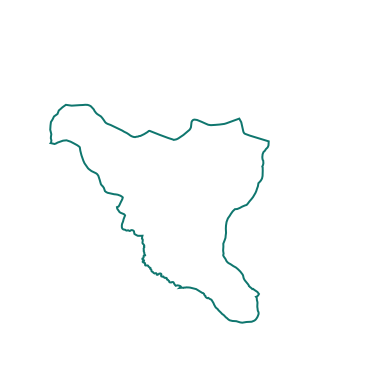 outline of Sanasomboon, Champasak, Laos, rotated 237°
{"feature_id": "54806243B13253322740036", "entity_name": "Sanasomboon", "entity_type": "district", "adm_level": 2, "iso_a3": "LAO", "parent_name": "Laos", "parent_adm1": "Champasak", "projection": "mercator", "projection_center": [105.689, 15.318], "detail": "fine", "context": "isolated", "style": "outline", "palette": "teal", "viewbox_px": 384, "rotation_deg": 237, "n_neighbors": 0, "source": "geoboundaries", "source_scale": "gbopen_adm2", "svg_char_len": 5995}
<svg xmlns="http://www.w3.org/2000/svg" viewBox="0 0 384 384"><g transform="rotate(237 192 192)"><path d="M333.8,133.7L333.6,129.4L333.2,127.0L332.9,124.7L330.7,121.7L330.5,117.4L328.8,114.6L327.5,111.8L324.9,109.6L321.4,107.0L317.1,105.5L315.3,103.9L314.0,102.9L311.9,102.2L310.2,100.7L310.0,100.1L307.1,102.9L306.7,104.8L306.7,106.0L305.3,111.8L303.7,114.9L300.3,117.6L297.3,119.3L293.6,121.3L291.2,122.2L290.5,122.2L287.4,120.8L283.0,119.3L277.3,117.9L274.6,117.5L268.5,117.7L267.3,118.0L264.3,119.1L260.0,121.7L258.6,122.2L256.7,122.3L252.5,121.2L248.3,119.9L247.0,119.9L245.1,120.3L243.3,120.3L240.2,119.5L238.9,119.9L237.4,120.7L232.6,125.4L231.3,127.0L230.1,128.3L227.8,130.0L226.5,130.6L225.2,131.0L224.2,130.0L223.5,128.9L222.3,126.8L220.6,124.1L220.1,123.1L219.8,122.5L219.8,122.2L219.9,121.8L220.2,121.2L220.2,120.8L218.7,120.2L214.6,120.3L213.3,120.9L211.6,122.1L210.2,123.0L209.2,123.1L208.8,123.1L206.5,119.9L204.9,118.2L204.1,117.1L203.5,116.2L202.4,115.1L200.7,114.0L199.7,113.7L198.8,113.7L197.9,114.1L196.9,115.2L195.5,115.9L195.1,116.4L194.8,117.3L194.6,117.6L194.4,117.8L193.8,118.1L193.4,118.4L193.2,118.7L193.1,119.0L193.2,119.7L192.9,120.7L192.3,121.3L191.5,121.8L191.0,121.9L190.6,121.9L188.8,121.1L188.1,120.9L187.3,121.3L186.5,121.7L184.9,122.6L184.1,123.7L182.3,126.6L181.5,125.7L180.9,125.3L180.3,124.7L179.9,124.6L179.5,124.8L179.1,124.8L178.7,124.6L177.8,124.0L176.4,122.8L175.8,122.6L175.2,122.7L174.8,122.7L174.3,122.9L173.3,122.8L173.1,122.6L172.8,122.6L172.6,122.4L172.5,122.1L172.4,122.0L171.8,122.0L171.6,121.8L171.5,121.7L171.4,121.3L171.2,121.0L171.0,120.7L170.0,120.2L169.6,119.8L169.0,119.7L168.3,119.1L167.7,119.1L167.2,119.0L166.4,118.5L165.7,118.3L164.6,118.3L164.4,118.2L164.5,117.8L164.8,117.4L164.9,117.2L164.9,116.9L164.6,116.5L163.8,116.0L163.4,115.7L163.0,114.8L163.0,114.6L163.2,114.4L163.2,114.2L162.9,113.9L162.2,113.8L161.8,114.1L161.4,114.2L161.0,114.5L160.7,114.5L160.4,114.2L160.4,113.6L160.5,113.1L160.5,112.8L160.4,112.7L160.2,112.6L159.9,112.8L159.4,112.8L159.2,112.9L158.5,113.6L157.9,113.8L157.7,113.8L157.1,113.3L156.5,113.1L156.4,113.0L156.2,112.9L155.9,112.9L155.7,113.0L154.8,114.5L154.3,114.9L154.2,115.0L153.8,115.0L153.6,114.9L152.9,115.0L152.2,115.2L150.9,115.7L150.6,115.3L150.5,115.2L150.0,115.2L149.4,115.5L148.9,115.5L147.8,115.0L147.3,115.0L147.1,115.1L146.4,115.5L146.1,115.6L145.1,115.7L144.5,116.0L144.1,116.2L143.9,116.5L143.7,117.3L143.4,117.7L142.9,117.8L142.3,117.9L141.8,117.5L141.5,117.7L141.4,117.9L141.4,118.3L141.2,118.9L141.2,119.2L141.4,120.1L140.7,121.3L140.2,121.5L139.7,121.5L139.4,121.3L138.9,120.7L138.5,120.4L138.2,120.4L137.9,120.4L137.3,120.9L137.0,121.1L136.9,121.3L136.9,121.7L136.7,122.0L135.7,122.0L135.3,122.1L134.7,122.5L134.5,122.8L134.4,123.2L134.2,123.3L134.0,123.6L133.7,123.8L133.2,123.8L132.6,123.4L132.2,123.4L132.0,123.5L131.6,123.9L131.4,124.0L130.6,124.0L130.3,124.1L129.9,124.3L129.6,124.3L129.1,124.0L128.8,124.0L128.5,124.1L128.2,124.3L127.5,125.2L127.4,125.5L127.4,126.0L127.3,126.3L127.0,126.7L126.7,127.1L126.4,127.2L126.1,127.3L124.9,127.1L123.4,127.1L122.2,127.3L121.9,128.3L121.6,129.0L120.8,129.9L120.1,130.5L119.3,131.0L118.9,131.1L118.7,131.1L118.5,130.7L118.3,129.4L117.8,130.4L116.6,132.4L116.2,132.7L116.2,133.1L116.1,133.3L115.8,133.8L115.6,134.1L115.6,134.3L115.2,134.9L114.9,135.7L114.4,136.2L114.2,136.6L112.9,138.3L108.3,142.6L101.7,145.7L101.4,146.1L101.0,146.3L99.9,146.6L99.5,146.4L98.7,146.3L98.0,146.4L97.6,146.6L97.2,146.4L96.7,146.3L96.0,146.4L94.8,146.9L94.4,147.3L94.3,148.0L92.8,148.6L91.1,149.6L89.3,149.6L87.0,149.5L85.5,149.2L82.6,149.0L81.0,149.3L80.2,149.7L78.4,149.8L74.9,150.6L73.5,150.8L71.4,151.6L68.2,152.2L67.3,152.6L66.3,152.8L65.0,153.2L63.8,153.8L61.8,155.7L59.5,158.8L56.4,161.4L55.0,163.0L53.3,166.9L50.7,171.4L50.2,174.0L50.2,175.1L50.4,176.2L51.3,178.4L52.4,180.1L53.5,181.5L54.9,182.3L56.4,182.5L57.5,182.9L57.9,183.2L60.1,184.2L62.4,185.8L63.0,186.3L64.0,186.9L66.1,187.6L68.1,188.7L69.2,188.6L69.0,189.5L69.1,190.1L69.2,191.0L70.0,192.6L71.5,192.5L72.6,192.4L76.1,190.9L77.4,190.5L77.7,189.7L77.8,189.7L78.9,189.5L80.9,188.8L81.9,188.7L82.2,188.5L82.8,188.7L83.6,188.8L89.0,188.2L89.8,188.2L91.0,188.3L91.9,188.5L93.0,188.9L93.7,189.2L95.1,189.5L99.0,189.2L102.2,188.5L104.8,187.7L105.9,187.1L107.4,186.3L110.5,185.0L112.3,184.0L113.7,183.5L115.4,183.3L116.8,183.5L117.9,183.6L120.2,183.5L121.5,183.6L122.1,183.8L122.6,184.4L123.1,184.9L125.5,186.0L126.2,186.4L129.0,188.5L130.6,189.5L131.6,190.1L133.6,192.9L135.3,195.1L137.1,196.5L139.2,198.3L142.8,200.4L145.3,202.2L148.1,204.7L150.3,207.7L151.5,210.7L152.5,212.8L153.6,215.6L154.2,218.6L153.1,220.7L152.6,223.3L152.4,226.1L151.9,229.0L151.4,230.7L151.8,232.3L152.8,235.0L153.7,238.1L154.5,240.4L156.6,244.6L157.7,246.3L159.4,248.4L160.9,250.4L163.2,252.5L163.6,254.3L164.1,256.0L165.2,258.1L167.0,259.9L171.3,262.9L174.2,264.7L174.9,264.7L175.2,264.9L175.5,265.6L176.1,266.4L177.2,267.5L179.5,268.8L180.5,268.8L181.5,269.2L183.0,270.0L183.4,270.3L183.7,270.6L184.9,271.5L185.6,272.3L186.6,273.8L186.9,275.6L187.7,277.3L188.2,279.7L189.3,281.4L190.6,282.4L192.7,283.9L207.7,271.3L211.7,268.3L212.5,267.9L213.1,267.8L213.9,267.8L214.8,268.0L222.6,270.9L223.7,271.3L227.8,271.6L230.9,258.2L231.5,256.2L233.6,251.8L235.7,247.9L237.8,244.2L239.6,242.2L241.7,240.8L245.6,238.3L249.6,235.5L250.7,234.3L251.5,233.3L251.8,232.2L251.6,231.0L250.9,229.7L246.9,226.4L246.1,225.2L245.5,223.8L244.5,215.8L244.4,209.7L244.6,207.8L245.1,206.4L245.7,205.0L246.4,204.6L250.2,201.5L257.3,196.2L266.3,189.8L266.7,189.0L266.5,187.2L266.6,183.4L267.1,179.3L267.7,178.1L267.9,176.9L268.6,175.5L269.0,174.2L269.8,173.2L271.1,172.1L272.8,171.1L275.0,170.3L277.0,169.4L279.5,167.9L281.6,166.9L292.6,160.2L295.0,158.4L296.4,157.6L297.9,157.2L300.1,157.2L302.5,157.1L304.9,156.8L308.9,155.0L310.4,154.6L312.9,154.4L314.8,154.6L317.2,154.2L319.2,153.8L320.7,152.9L321.9,151.9L323.2,150.1L324.6,147.5L325.8,145.5L329.9,138.2L331.6,136.2L333.8,133.7Z" fill="none" stroke="#0f766e" stroke-width="2"/></g></svg>